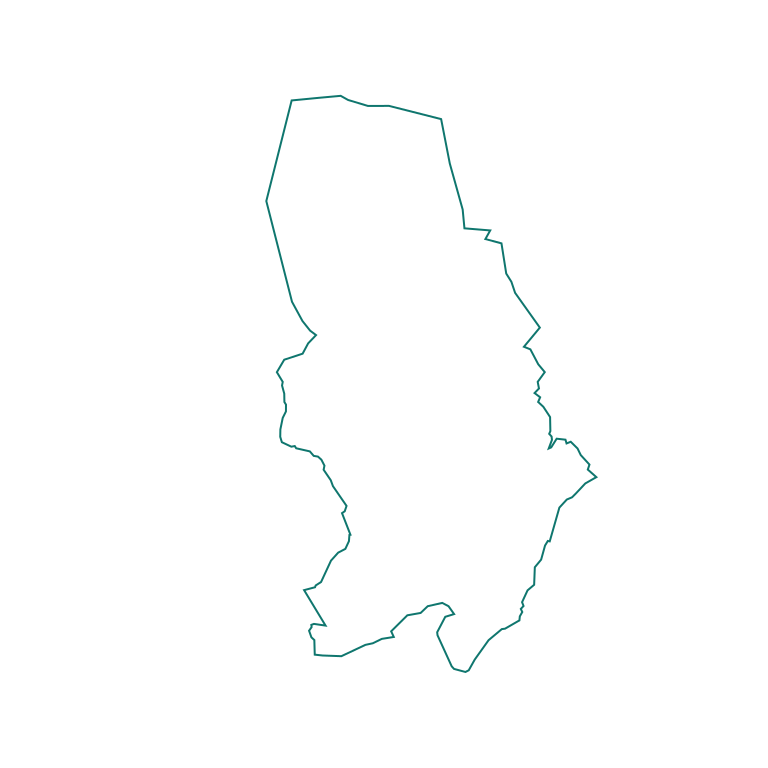 the district of Firhouse-Bohernabreena Lea-5, South Dublin, Ireland, rotated 158°
{"feature_id": "5873133B21460579019232", "entity_name": "Firhouse-Bohernabreena Lea-5", "entity_type": "district", "adm_level": 2, "iso_a3": "IRL", "parent_name": "Ireland", "parent_adm1": "South Dublin", "projection": "mercator", "projection_center": [-6.327, 53.236], "detail": "fine", "context": "isolated", "style": "outline", "palette": "teal", "viewbox_px": 768, "rotation_deg": 158, "n_neighbors": 0, "source": "geoboundaries", "source_scale": "gbopen_adm2", "svg_char_len": 1805}
<svg xmlns="http://www.w3.org/2000/svg" viewBox="0 0 768 768"><g transform="rotate(158 384 384)"><path d="M247.6,210.4L234.6,216.4L222.0,218.1L227.1,228.3L223.7,232.3L228.2,244.4L228.7,251.7L232.5,260.5L237.0,260.5L236.6,264.4L244.4,268.6L252.7,262.6L255.4,262.5L249.2,269.3L248.3,272.5L249.5,275.9L247.4,278.0L242.4,291.1L244.8,303.2L247.8,309.6L244.2,313.2L247.8,319.2L242.0,321.8L240.7,328.4L230.5,334.8L233.6,344.5L235.3,361.3L240.3,366.1L218.4,377.9L228.3,419.4L227.6,431.0L229.3,440.6L222.4,470.4L235.7,480.4L228.0,486.6L251.1,498.2L245.7,516.3L240.4,563.8L231.8,608.2L275.2,640.0L294.7,647.8L310.9,660.8L316.2,667.4L336.7,673.6L363.4,681.5L424.6,597.7L438.5,494.7L436.0,472.9L432.5,461.1L428.7,454.8L439.1,450.1L448.1,442.6L467.4,443.9L478.9,435.1L477.1,423.9L479.1,420.8L480.1,412.4L483.1,404.6L482.6,401.6L485.2,395.3L490.6,390.5L497.1,380.7L500.0,373.9L500.5,368.3L493.4,360.6L490.0,359.9L489.5,357.3L478.0,349.3L476.1,343.7L472.4,341.4L470.4,337.2L469.8,330.6L472.1,327.1L469.4,314.7L469.6,308.4L464.4,285.0L468.1,280.7L471.3,280.0L471.6,256.8L472.6,257.0L475.4,251.4L481.6,245.6L489.7,244.8L499.3,240.1L516.5,224.0L522.8,222.8L524.1,221.4L535.3,222.8L528.7,181.9L538.8,187.8L541.6,187.9L542.2,185.7L545.9,183.3L546.2,176.3L544.5,172.7L549.6,159.0L542.7,155.3L525.5,147.6L499.0,149.1L491.5,147.8L481.5,148.5L469.7,145.8L470.0,152.0L449.0,160.8L435.8,158.0L426.7,161.6L412.0,159.2L407.4,153.8L405.2,144.4L414.4,145.2L427.7,133.9L428.5,131.0L427.0,96.9L425.8,93.6L416.4,86.5L412.7,86.8L403.1,94.5L383.0,107.3L366.6,112.6L363.4,111.8L347.0,114.1L345.1,117.7L341.2,120.8L341.4,124.2L337.8,125.9L337.7,130.0L328.2,138.9L320.0,141.6L312.8,157.6L304.1,162.3L295.2,173.9L290.9,177.1L289.3,176.0L267.7,203.7L257.8,208.4L252.1,208.5L247.6,210.4Z" fill="none" stroke="#0f766e" stroke-width="2"/></g></svg>